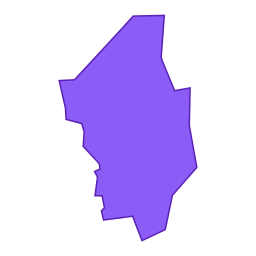 the district of Columbia, Pennsylvania, United States of America
{"feature_id": "52423323B8238929782503", "entity_name": "Columbia", "entity_type": "district", "adm_level": 2, "iso_a3": "USA", "parent_name": "United States of America", "parent_adm1": "Pennsylvania", "projection": "mercator", "projection_center": [-76.441, 41.043], "detail": "fine", "context": "isolated", "style": "filled", "palette": "violet", "viewbox_px": 256, "rotation_deg": 0, "n_neighbors": 0, "source": "geoboundaries", "source_scale": "gbopen_adm2", "svg_char_len": 483}
<svg xmlns="http://www.w3.org/2000/svg" viewBox="0 0 256 256"><path d="M120.6,30.0L74.5,79.8L59.2,80.6L65.5,108.4L66.1,119.4L81.7,123.6L84.2,131.9L83.2,146.4L99.2,163.6L100.0,169.0L94.6,171.5L97.5,177.2L95.0,195.7L102.1,195.8L104.5,207.8L101.4,210.8L103.6,220.0L132.6,216.2L142.0,240.6L165.2,229.6L167.8,217.3L172.4,195.3L196.8,167.4L189.3,125.4L190.1,87.9L174.6,90.7L161.8,59.7L161.2,57.2L164.3,15.4L133.2,16.1L120.6,30.0Z" fill="#8b5cf6" stroke="#5b21b6" stroke-width="1.5"/></svg>